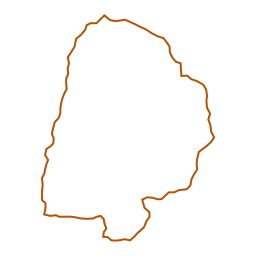 the district of Luisburgo, Minas Gerais, Brazil
{"feature_id": "56859067B70071558492510", "entity_name": "Luisburgo", "entity_type": "district", "adm_level": 2, "iso_a3": "BRA", "parent_name": "Brazil", "parent_adm1": "Minas Gerais", "projection": "robinson", "projection_center": [-42.076, -20.436], "detail": "fine", "context": "isolated", "style": "outline", "palette": "amber", "viewbox_px": 256, "rotation_deg": 0, "n_neighbors": 0, "source": "geoboundaries", "source_scale": "gbopen_adm2", "svg_char_len": 1521}
<svg xmlns="http://www.w3.org/2000/svg" viewBox="0 0 256 256"><path d="M144.1,227.1L146.5,221.0L149.4,217.1L149.4,212.1L144.5,207.9L142.2,199.6L147.4,197.3L152.6,197.8L157.8,199.3L161.8,199.0L164.7,196.1L169.0,192.3L174.3,192.3L179.1,190.1L186.8,189.2L190.4,185.4L191.4,179.5L193.9,174.5L197.2,169.4L196.6,163.7L197.2,158.4L198.9,151.9L202.7,149.0L207.0,145.7L211.4,141.6L214.1,137.3L211.2,131.9L210.4,125.2L208.3,119.5L210.1,113.7L207.0,107.7L206.4,100.7L207.0,95.9L206.2,89.6L203.3,84.8L197.2,81.2L191.2,79.1L187.2,75.7L181.4,75.9L181.0,69.7L180.6,63.4L175.8,61.7L172.4,57.6L169.9,52.6L169.5,46.4L166.8,42.5L163.4,38.1L157.7,36.3L151.7,33.2L145.5,29.2L140.3,26.9L136.1,24.7L131.3,22.5L125.2,19.7L119.5,20.6L115.3,21.1L110.0,20.1L104.4,15.4L99.8,19.9L96.5,23.2L90.5,23.2L86.7,25.2L85.1,30.0L81.0,34.8L76.2,38.7L74.5,46.8L70.6,53.0L67.8,57.2L69.0,63.2L67.7,68.7L68.2,74.0L66.3,78.1L66.1,82.8L66.7,88.9L64.2,93.7L61.9,99.8L60.5,107.2L60.2,113.7L58.6,118.1L54.8,122.1L52.9,128.8L51.9,134.1L53.8,138.5L53.2,143.5L50.4,146.4L46.4,149.0L45.1,155.0L48.1,160.0L46.3,164.6L45.2,169.0L44.4,173.4L41.9,178.1L42.7,184.4L41.9,193.5L42.1,200.1L45.5,203.2L45.5,207.9L44.2,214.4L50.3,215.9L55.9,215.2L59.4,216.8L64.9,216.7L70.4,216.7L75.3,217.3L81.3,218.5L87.5,218.8L93.0,218.5L96.6,216.8L100.5,215.9L103.6,218.8L104.7,224.1L106.3,228.6L103.8,232.0L103.2,236.8L107.6,237.1L111.5,240.4L116.3,240.6L120.9,240.0L124.7,239.2L130.0,240.4L134.1,236.8L137.2,233.4L140.3,230.6L144.1,227.1Z" fill="none" stroke="#b45309" stroke-width="2"/></svg>